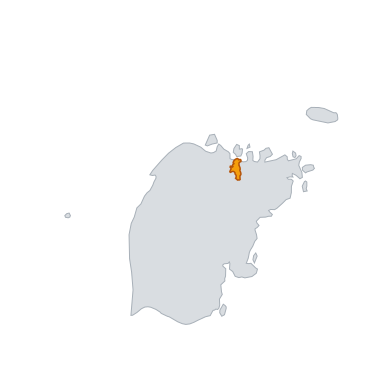 Hadong-gun, South Gyeongsang, South Korea (highlighted), rotated 208°
{"feature_id": "91817680B17319558643664", "entity_name": "Hadong-gun", "entity_type": "district", "adm_level": 2, "iso_a3": "KOR", "parent_name": "South Korea", "parent_adm1": "South Gyeongsang", "projection": "mercator", "projection_center": [127.804, 35.134], "detail": "fine", "context": "in_parent", "style": "filled", "palette": "amber", "viewbox_px": 384, "rotation_deg": 208, "n_neighbors": 0, "source": "geoboundaries", "source_scale": "gbopen_adm2", "svg_char_len": 4692}
<svg xmlns="http://www.w3.org/2000/svg" viewBox="0 0 384 384"><g transform="rotate(208 192 192)"><path d="M116.6,98.4L117.8,97.4L117.9,96.0L117.9,91.4L121.5,88.2L126.6,81.5L129.1,77.9L132.0,74.5L135.3,72.2L138.6,71.2L143.7,70.7L153.5,71.1L155.4,70.7L162.2,70.4L163.8,71.0L168.8,71.4L174.3,70.9L177.0,70.0L179.6,68.3L181.8,65.3L184.1,59.7L186.6,55.3L188.0,54.4L198.1,77.9L207.7,92.9L215.8,103.8L227.5,124.7L230.9,135.8L231.2,142.7L233.2,152.1L231.5,157.5L232.0,166.0L231.3,170.3L229.9,173.5L229.8,179.6L230.3,182.9L230.3,187.3L231.2,189.0L232.6,189.6L234.7,188.0L237.3,187.4L236.8,192.6L233.7,205.8L230.9,215.3L227.2,223.6L222.5,231.2L216.9,234.2L212.9,235.3L205.3,235.7L199.1,234.4L193.6,235.3L191.5,236.9L189.9,239.6L191.0,243.8L190.9,246.9L188.6,246.6L184.0,244.8L178.9,244.6L176.5,243.7L174.1,239.3L171.7,239.4L167.5,242.1L161.0,242.6L158.7,244.1L157.9,245.9L158.8,248.2L162.1,251.3L161.0,254.3L157.6,255.9L154.8,252.1L153.1,248.4L151.2,248.2L148.2,249.2L147.6,253.2L149.0,256.0L151.3,259.1L148.1,262.7L147.2,265.3L144.9,267.2L138.7,263.1L139.6,260.1L142.3,257.3L142.6,254.4L141.7,252.6L132.9,260.0L127.4,268.4L124.5,267.8L123.2,265.6L121.5,264.8L115.6,270.2L114.5,274.4L112.4,274.6L111.4,272.8L111.3,268.9L110.3,265.7L104.2,260.9L101.4,256.7L102.9,254.4L108.0,255.6L112.1,255.5L111.3,253.5L109.9,252.6L112.6,251.4L114.9,249.2L113.0,248.5L110.2,249.9L107.8,249.2L106.9,243.7L104.0,238.1L102.5,232.6L105.3,229.5L106.8,224.6L109.4,217.5L110.8,215.2L114.4,213.5L115.7,211.6L113.7,210.7L110.5,209.9L110.6,207.8L112.8,206.7L115.2,204.4L120.0,201.6L121.5,196.4L120.1,195.1L117.1,193.9L117.8,191.2L119.0,189.2L118.5,188.0L115.0,184.6L112.7,181.5L113.4,177.9L112.9,172.6L113.2,168.0L113.0,165.6L111.3,160.1L110.6,154.5L108.3,155.4L106.5,156.7L100.0,154.8L98.0,154.7L97.1,150.5L99.4,145.5L105.0,141.0L108.1,140.4L110.5,138.4L114.3,137.8L118.7,140.9L122.7,141.5L125.0,146.7L126.3,147.8L126.6,145.9L129.9,143.7L130.6,141.9L129.9,141.0L126.2,140.1L122.9,133.5L122.4,130.7L121.2,128.9L123.0,123.6L119.1,117.7L117.2,115.8L117.5,110.4L115.5,106.9L114.4,105.1L113.7,101.8L114.3,100.3L116.0,99.8L116.6,98.4ZM104.0,328.5L102.1,329.6L100.4,328.9L99.9,328.4L97.9,325.6L97.3,324.1L98.7,321.4L104.4,316.8L119.1,312.5L121.7,312.3L127.5,314.1L128.8,317.7L127.7,320.7L126.4,322.7L119.7,326.1L114.4,327.8L104.0,328.5ZM203.1,250.5L199.2,253.5L194.0,249.4L192.8,247.1L196.7,243.8L200.1,239.9L202.3,239.7L203.1,250.5ZM175.4,250.1L174.9,255.0L172.0,255.2L170.3,252.1L168.4,253.6L167.5,253.6L166.0,249.7L165.8,246.7L169.2,244.3L171.2,245.7L174.2,246.4L175.4,250.1ZM100.1,271.8L97.5,272.6L96.0,270.9L95.0,270.4L95.6,268.1L99.9,263.7L100.7,262.2L104.6,263.1L106.1,265.5L104.3,269.0L100.1,271.8ZM111.9,100.8L111.7,107.6L109.5,107.3L107.9,106.6L107.2,105.3L105.7,98.9L107.4,96.3L110.8,98.4L111.9,100.8ZM97.6,253.8L97.0,255.0L95.3,254.7L93.4,251.2L92.7,248.5L90.8,247.0L93.7,244.6L97.4,248.9L97.6,253.8ZM107.7,164.8L107.1,168.1L104.4,166.0L103.6,158.7L106.4,160.8L107.7,164.8ZM292.4,114.1L290.6,115.7L288.3,114.1L288.1,112.5L289.2,111.1L291.9,110.3L293.2,111.5L292.4,114.1ZM121.5,273.1L122.1,275.5L118.8,275.0L117.1,272.8L117.3,270.8L119.3,270.5L121.5,273.1ZM164.4,259.6L163.9,261.2L161.9,258.8L163.9,256.3L164.4,259.6Z" fill="#d9dde1" stroke="#a8b0b8" stroke-width="1"/><path d="M157.5,223.9L156.7,224.4L155.9,224.8L155.6,225.1L155.4,225.7L156.4,227.2L157.2,228.7L157.1,229.8L157.0,230.2L157.3,230.9L157.6,231.4L158.4,232.3L159.0,232.8L159.3,233.0L159.7,233.4L160.1,233.8L160.1,234.3L160.1,234.7L160.3,235.0L160.8,235.7L161.2,236.2L161.6,236.5L161.9,236.7L162.6,237.4L163.1,237.6L163.2,237.8L163.3,238.2L163.5,238.5L163.7,238.8L163.9,239.2L164.1,239.6L164.1,240.0L163.9,240.5L163.8,240.8L163.7,241.2L163.4,241.4L163.1,241.8L163.3,242.2L163.5,242.6L163.6,242.9L164.0,243.3L164.4,243.3L164.9,243.3L165.2,243.0L165.5,242.8L165.8,242.4L166.1,242.4L166.4,242.6L166.5,242.8L167.6,242.9L168.0,242.7L168.3,242.2L168.5,242.0L168.7,241.7L169.0,241.3L169.2,241.0L169.2,240.6L169.3,240.2L169.7,239.4L169.6,239.1L169.6,238.7L169.6,238.3L169.6,237.9L169.6,237.5L169.3,237.1L169.0,236.9L168.4,236.9L168.3,236.5L168.4,236.1L168.8,235.9L168.8,235.6L168.8,234.7L168.7,234.4L168.4,234.1L168.1,233.9L167.8,233.7L167.9,233.2L168.2,232.8L168.6,232.8L168.9,232.9L169.5,233.2L169.9,233.1L170.3,232.7L170.2,232.4L169.9,231.7L169.5,231.6L169.1,231.4L168.6,231.1L168.3,230.6L168.3,230.0L168.4,229.3L168.2,228.4L168.1,227.6L167.6,227.4L167.0,227.5L166.8,228.1L166.5,228.6L166.1,229.0L165.5,229.4L165.1,229.6L164.3,229.6L163.7,229.5L162.9,229.0L162.7,228.5L162.2,228.0L161.4,227.7L160.9,227.4L160.6,227.0L160.3,226.5L159.9,225.5L160.0,224.6L159.4,224.4L158.7,224.3L157.7,224.1L157.5,223.9Z" fill="#f59e0b" stroke="#b45309" stroke-width="1.5"/></g></svg>